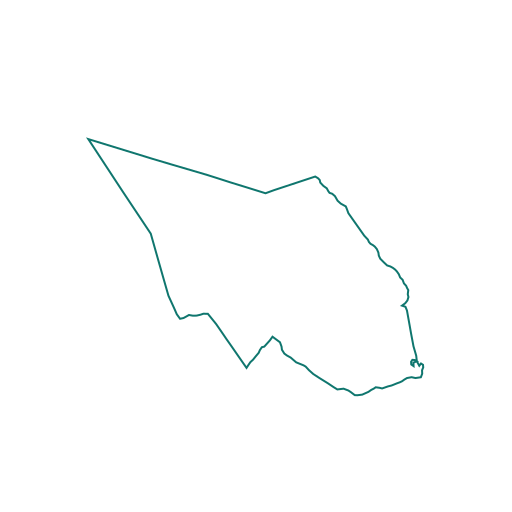 Penalva, Maranhão, Brazil (Albers equal-area conic projection), rotated 33°
{"feature_id": "56859067B25044187316118", "entity_name": "Penalva", "entity_type": "district", "adm_level": 2, "iso_a3": "BRA", "parent_name": "Brazil", "parent_adm1": "Maranhão", "projection": "albers", "projection_center": [-45.216, -3.249], "detail": "fine", "context": "isolated", "style": "outline", "palette": "teal", "viewbox_px": 512, "rotation_deg": 33, "n_neighbors": 0, "source": "geoboundaries", "source_scale": "gbopen_adm2", "svg_char_len": 1917}
<svg xmlns="http://www.w3.org/2000/svg" viewBox="0 0 512 512"><g transform="rotate(33 256 256)"><path d="M460.3,267.9L459.5,264.2L457.5,261.4L456.9,258.3L455.3,256.3L452.9,256.3L452.7,259.1L448.2,256.7L444.7,252.4L440.9,249.1L437.3,246.0L428.5,236.8L423.0,230.9L412.3,219.5L409.0,217.2L405.5,218.1L406.9,214.3L407.2,210.8L406.2,207.4L404.1,205.4L402.3,201.7L400.2,200.6L398.1,199.2L395.0,198.4L391.9,196.1L388.6,195.5L385.7,193.5L382.5,192.2L380.0,191.6L377.4,191.4L374.4,191.6L371.1,192.5L366.7,191.7L361.7,190.6L358.8,188.8L356.8,186.5L353.6,184.4L350.5,183.4L348.1,183.2L345.4,183.4L343.0,182.7L340.9,181.3L335.7,180.0L310.2,169.8L306.6,167.1L304.3,165.5L298.6,165.9L294.3,165.2L289.6,162.8L286.0,162.3L283.3,163.0L281.2,162.2L278.5,160.7L274.3,160.5L269.9,159.4L268.1,157.6L265.7,157.0L262.4,157.1L235.3,190.9L229.8,198.2L210.9,203.5L194.4,208.2L181.5,211.7L171.0,214.6L134.8,225.4L116.2,230.9L51.7,249.3L109.5,274.7L155.6,294.6L175.7,312.2L192.8,327.1L204.2,337.0L215.7,344.3L221.3,348.0L226.5,350.0L229.0,347.5L230.3,345.1L231.9,342.0L235.4,340.5L238.6,338.4L241.4,335.5L243.3,333.1L247.1,330.7L259.7,334.8L271.8,339.8L276.3,341.7L280.3,343.3L285.0,345.2L304.3,353.1L309.0,355.0L309.0,351.8L309.1,348.1L310.0,344.5L310.4,340.4L311.0,335.7L310.5,332.8L310.6,329.3L312.3,327.5L313.6,319.2L313.8,314.7L323.1,315.3L326.8,318.1L328.8,320.5L332.9,322.4L336.1,322.6L340.4,322.3L347.6,323.3L355.4,321.8L357.9,321.7L362.6,322.9L368.4,323.8L375.7,323.8L385.7,323.6L392.6,323.7L396.9,323.6L401.7,319.6L406.7,318.5L409.4,318.5L414.6,318.9L416.8,317.6L420.6,314.4L424.3,308.7L425.6,305.5L427.0,303.1L427.9,300.9L431.3,299.3L433.9,298.4L437.7,293.5L440.2,290.8L441.7,288.7L443.5,286.1L445.4,283.6L446.7,281.5L447.7,278.9L449.1,276.1L452.5,272.9L456.2,271.5L460.3,267.9ZM448.2,256.7L446.1,259.7L448.1,262.5L445.3,262.4L443.7,260.3L443.7,257.9L445.8,256.8L448.2,256.7Z" fill="none" stroke="#0f766e" stroke-width="2"/></g></svg>